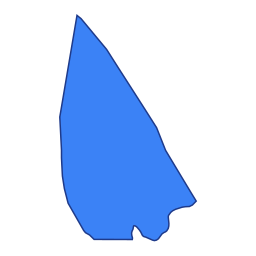 outline of Mangochi
{"feature_id": "MWI-1910", "entity_name": "Mangochi", "entity_type": "District", "adm_level": 1, "iso_a3": "MWI", "parent_name": "Malawi", "parent_adm1": "", "projection": "equal_earth", "projection_center": [35.307, -14.139], "detail": "fine", "context": "isolated", "style": "filled", "palette": "blue", "viewbox_px": 256, "rotation_deg": 0, "n_neighbors": 0, "source": "natural_earth", "source_scale": "10m", "svg_char_len": 926}
<svg xmlns="http://www.w3.org/2000/svg" viewBox="0 0 256 256"><path d="M77.0,15.4L81.1,18.7L94.8,35.2L106.6,49.4L118.3,67.8L132.8,90.4L145.1,109.6L156.6,127.7L165.6,150.4L177.2,169.7L191.3,193.1L196.2,201.1L192.4,205.0L189.4,206.5L185.4,206.7L182.1,207.2L175.5,209.3L172.6,210.8L170.7,212.4L168.6,215.3L168.3,216.3L168.3,217.5L168.9,223.5L168.8,226.0L168.2,228.5L166.7,230.9L165.4,231.9L164.0,232.5L162.0,233.9L158.4,238.8L156.5,240.1L154.4,240.6L152.5,240.1L145.5,237.0L144.1,236.7L143.1,236.1L142.3,235.2L140.8,232.1L139.4,230.0L137.1,227.3L136.3,226.6L135.6,226.1L134.9,225.9L134.0,225.7L133.6,226.0L133.4,226.7L133.1,228.6L132.9,229.4L132.2,230.8L131.7,232.5L131.6,233.5L131.7,234.4L131.8,235.4L132.4,237.7L132.5,238.0L132.3,239.5L95.4,239.4L94.1,239.4L89.6,235.0L85.5,232.7L83.7,230.5L68.1,203.2L64.4,188.7L62.4,176.0L61.5,157.7L61.5,150.1L59.8,117.0L77.0,15.4Z" fill="#3b82f6" stroke="#1e3a8a" stroke-width="1.5"/></svg>